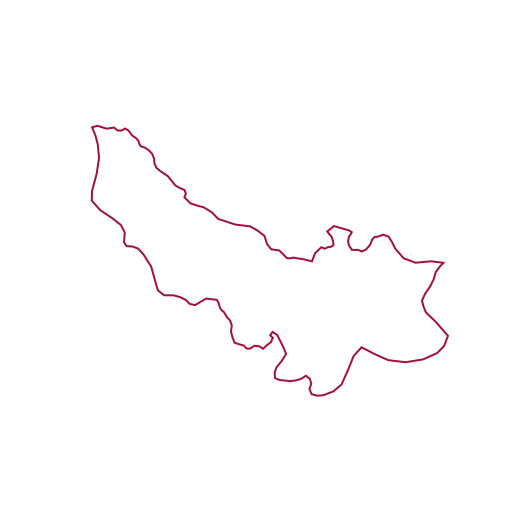 the border of Shinyanga, rotated 212°
{"feature_id": "TZA-3358", "entity_name": "Shinyanga", "entity_type": "Region", "adm_level": 1, "iso_a3": "TZA", "parent_name": "United Republic of Tanzania", "parent_adm1": "", "projection": "mercator", "projection_center": [32.976, -3.814], "detail": "fine", "context": "isolated", "style": "outline", "palette": "rose", "viewbox_px": 512, "rotation_deg": 212, "n_neighbors": 0, "source": "natural_earth", "source_scale": "10m", "svg_char_len": 2106}
<svg xmlns="http://www.w3.org/2000/svg" viewBox="0 0 512 512"><g transform="rotate(212 256 256)"><path d="M351.6,274.1L348.5,271.7L347.9,267.9L339.4,265.9L330.7,268.1L326.5,269.6L316.2,269.6L307.7,267.4L290.2,271.7L276.8,278.0L268.7,278.4L259.6,277.6L252.8,271.9L246.6,269.8L239.3,273.0L228.5,270.6L225.9,272.0L223.8,274.2L214.0,278.4L205.7,281.1L207.4,289.8L205.2,298.1L201.5,298.7L199.8,301.4L197.2,303.7L196.1,306.4L198.7,309.5L201.8,312.2L208.6,314.5L205.8,322.6L191.1,326.9L187.5,327.0L187.2,324.5L187.4,321.6L185.7,317.3L182.9,314.3L177.9,312.0L172.6,315.3L168.6,315.9L166.2,319.8L165.1,325.8L166.2,331.5L165.6,334.8L163.3,336.6L159.4,341.5L153.9,342.7L147.9,339.8L142.1,336.2L129.8,332.3L117.2,334.8L104.7,344.3L93.5,349.5L94.6,343.8L95.0,337.5L92.9,330.0L92.2,322.1L92.6,313.9L91.6,306.1L87.1,301.9L82.0,298.2L68.6,295.4L50.9,290.0L48.8,279.4L50.9,269.7L59.5,256.9L72.8,245.2L88.8,237.7L104.2,235.6L118.1,234.5L120.2,222.8L117.5,207.8L115.4,192.3L118.6,182.2L125.1,173.7L129.9,170.0L135.6,168.3L140.2,171.5L141.5,177.1L145.4,180.4L150.2,180.9L152.6,175.8L156.2,171.7L160.7,168.0L170.1,163.4L175.0,162.5L178.4,166.9L179.6,172.6L178.5,181.0L178.6,188.8L183.9,192.8L196.1,200.2L201.7,200.4L201.9,196.2L198.4,195.6L197.7,190.9L199.8,185.1L200.9,181.0L205.2,181.2L209.7,179.1L212.0,174.3L215.0,172.5L219.0,173.6L223.9,172.1L228.3,171.1L233.0,174.7L237.3,178.8L239.7,184.3L243.7,187.5L248.7,189.0L253.4,191.4L256.5,191.8L259.3,193.1L262.3,196.0L265.9,198.1L275.8,193.4L281.6,182.1L286.9,180.3L292.5,181.6L299.0,180.8L305.0,179.0L313.2,174.0L321.1,174.9L328.3,181.4L339.2,191.4L352.4,197.8L360.0,199.8L365.7,198.6L370.9,195.8L375.3,197.8L379.7,206.3L386.9,210.7L398.2,211.9L412.2,212.3L424.6,215.9L429.4,224.0L434.7,241.3L441.1,256.1L449.5,267.0L455.9,273.0L463.2,278.3L459.4,282.4L450.2,284.8L444.4,289.7L440.0,289.1L436.6,291.0L434.6,294.7L430.4,294.8L425.2,292.6L419.8,292.3L416.8,291.4L414.4,289.2L411.5,288.0L408.0,289.0L403.2,288.9L398.2,287.6L394.1,284.6L391.0,280.5L387.0,278.0L382.2,277.3L373.1,277.0L361.8,273.1L356.6,273.3L351.6,274.1Z" fill="none" stroke="#9f1239" stroke-width="2"/></g></svg>